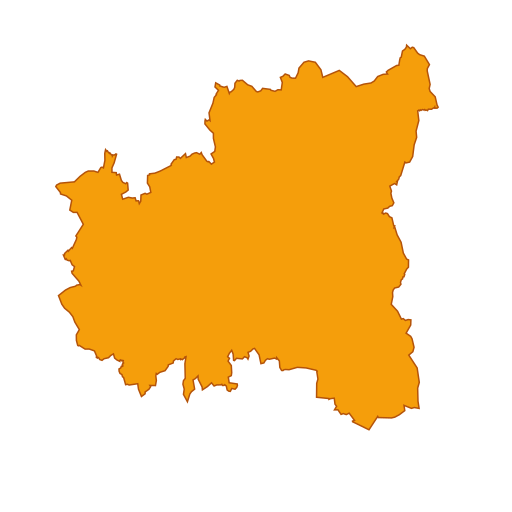 outline of Mallow Lea-5, Cork, Ireland, rotated 262°
{"feature_id": "5873133B25639176820798", "entity_name": "Mallow Lea-5", "entity_type": "district", "adm_level": 2, "iso_a3": "IRL", "parent_name": "Ireland", "parent_adm1": "Cork", "projection": "equal_earth", "projection_center": [-8.702, 52.146], "detail": "fine", "context": "isolated", "style": "filled", "palette": "amber", "viewbox_px": 512, "rotation_deg": 262, "n_neighbors": 0, "source": "geoboundaries", "source_scale": "gbopen_adm2", "svg_char_len": 6032}
<svg xmlns="http://www.w3.org/2000/svg" viewBox="0 0 512 512"><g transform="rotate(262 256 256)"><path d="M82.4,396.3L89.7,396.2L102.7,397.7L108.1,400.1L122.7,400.0L136.6,393.5L139.4,398.0L143.6,399.8L152.3,399.0L154.9,398.0L158.7,393.9L166.1,399.6L171.2,400.5L171.9,397.8L171.4,395.0L173.5,393.1L173.3,391.2L181.6,388.5L189.3,383.2L196.7,385.8L200.8,386.1L203.2,387.1L205.0,388.8L205.4,393.0L207.9,395.6L209.8,395.4L212.3,396.6L212.9,397.9L214.8,398.6L214.8,399.6L217.0,400.7L217.7,400.3L222.1,403.4L223.7,405.4L230.9,406.5L232.0,404.7L238.4,402.3L249.4,401.6L257.3,398.7L264.7,397.5L264.7,396.6L266.5,397.6L266.8,396.6L274.9,395.9L276.4,393.6L279.7,392.1L280.5,390.4L280.0,389.2L280.5,388.3L279.9,388.1L281.1,386.7L284.8,389.1L285.1,393.2L286.6,395.3L286.9,398.0L289.5,399.9L294.4,398.6L299.4,398.3L301.4,399.2L306.6,398.2L308.5,403.3L306.9,405.2L310.1,406.4L310.2,405.8L312.2,408.0L314.4,408.9L315.5,410.5L328.3,416.5L327.3,417.4L327.6,421.2L332.7,425.0L344.1,428.1L351.1,431.6L357.4,431.9L367.5,436.1L377.2,436.3L377.8,437.5L377.1,438.0L377.9,439.0L377.2,439.6L377.9,441.2L377.3,442.2L377.6,443.4L376.7,443.7L376.9,444.8L376.1,446.1L377.4,447.1L376.9,450.3L377.9,452.4L377.6,453.2L378.4,453.7L377.5,453.7L377.2,456.0L378.0,457.1L380.4,456.3L388.7,455.6L394.7,451.3L397.7,450.8L401.7,452.3L415.5,451.3L417.7,451.7L421.4,454.4L430.5,450.5L432.6,446.1L434.4,444.3L440.4,441.2L441.0,439.8L439.8,437.7L443.8,434.5L441.9,434.0L440.0,432.2L438.6,429.6L432.7,427.5L432.2,426.4L430.2,425.6L425.0,424.0L425.1,421.8L421.5,412.7L420.1,410.7L417.9,411.6L418.2,407.2L416.8,401.5L412.8,397.4L411.3,393.9L411.2,386.7L409.8,378.8L420.8,371.6L428.2,364.3L423.6,347.0L431.4,346.2L439.6,341.7L441.9,335.2L441.2,330.5L436.1,324.7L431.5,323.2L426.6,319.9L427.1,316.5L428.2,314.6L430.2,314.0L432.2,310.2L430.2,307.6L429.5,305.0L424.2,306.2L417.0,304.1L417.6,300.8L416.4,297.8L418.0,293.9L419.0,293.4L421.1,285.9L418.9,283.7L418.2,280.5L418.9,279.2L424.6,275.5L426.7,271.6L431.9,267.0L432.1,264.6L431.6,263.6L432.6,261.9L430.0,259.2L426.0,258.4L424.1,257.2L422.1,254.3L421.9,253.1L420.6,252.2L428.0,250.8L427.5,248.1L427.9,247.0L429.5,243.8L430.3,243.9L433.1,240.2L429.1,238.9L425.3,241.9L421.8,239.0L421.2,239.3L418.9,236.7L413.3,234.6L404.3,229.4L396.4,229.3L397.3,228.4L396.4,226.2L398.3,224.8L396.9,224.3L393.9,223.8L387.2,227.8L383.5,230.9L378.4,230.2L369.7,231.0L365.3,229.7L363.3,225.7L358.5,227.5L354.8,227.9L353.2,224.6L356.2,222.4L355.9,221.7L356.7,220.5L363.8,216.7L366.1,216.2L364.6,214.5L366.6,211.5L366.5,209.5L365.7,206.7L364.1,204.7L363.2,200.7L367.2,200.4L363.2,194.7L364.7,193.5L365.1,191.2L362.9,190.3L362.8,188.5L358.8,184.7L357.7,184.8L357.3,184.2L353.4,172.8L352.1,167.4L352.2,162.0L351.2,161.9L350.8,159.9L343.3,158.6L339.3,160.4L333.6,160.7L332.4,156.5L333.5,154.9L332.4,150.6L326.3,149.5L324.1,147.7L327.0,147.4L327.3,144.9L330.5,144.4L330.6,141.6L331.9,137.8L330.8,131.9L335.8,131.3L337.5,136.0L339.1,138.6L346.0,139.0L346.7,138.2L345.7,137.1L347.4,134.4L349.6,133.2L356.0,132.2L355.6,129.2L358.0,129.2L358.9,125.0L363.3,125.6L368.0,128.5L376.2,132.1L376.6,131.5L375.8,130.0L375.9,128.3L375.1,127.7L376.2,127.7L376.3,126.9L378.5,125.6L378.0,125.1L380.3,123.6L379.7,123.2L380.9,123.5L381.2,122.9L380.7,122.5L382.2,121.8L378.6,120.5L371.8,119.7L364.5,117.2L365.4,115.9L365.2,114.7L360.8,111.1L362.7,107.3L363.5,101.7L362.6,98.6L359.4,92.9L354.7,86.5L355.4,72.2L354.0,68.4L352.6,67.4L346.2,71.1L344.6,71.1L341.9,76.6L336.9,81.3L327.4,78.0L324.6,81.2L324.1,84.9L311.4,89.4L300.9,80.4L299.6,81.2L297.3,80.4L289.2,75.2L290.0,74.6L286.9,70.8L287.8,70.5L285.1,66.8L283.7,66.5L283.8,65.4L279.2,66.6L279.0,67.1L279.6,67.7L278.2,68.4L277.3,70.3L277.5,71.4L272.9,72.7L270.8,74.8L266.7,73.0L266.6,71.3L264.4,71.5L255.6,77.2L251.5,78.5L252.2,77.7L252.1,74.4L251.2,73.0L250.6,67.6L248.8,62.6L244.3,54.9L235.3,57.0L230.9,59.2L226.3,63.4L221.4,66.2L215.8,67.4L207.7,70.8L202.9,67.1L197.4,66.4L192.4,67.0L191.8,67.5L192.0,68.6L187.6,73.8L187.1,77.9L184.5,82.8L179.3,84.2L177.8,83.8L177.1,84.7L177.8,85.0L177.3,85.9L175.2,86.9L174.1,89.0L175.4,91.2L175.8,95.8L177.7,98.3L178.9,101.2L174.6,101.8L172.4,103.8L170.8,106.2L171.4,106.1L172.0,107.3L171.1,107.9L171.5,108.2L170.9,110.0L169.6,109.4L168.5,110.0L167.8,108.9L166.0,108.8L166.3,108.3L165.3,108.2L165.4,107.2L164.0,106.5L163.2,104.6L160.9,104.4L158.6,105.0L157.3,106.7L155.0,107.0L154.1,108.0L146.7,109.0L146.9,110.7L145.9,112.4L146.0,121.1L140.5,121.1L132.8,123.0L135.0,127.0L136.8,127.3L138.9,131.4L141.3,133.5L142.6,132.9L141.7,138.4L146.6,140.0L151.2,140.1L153.5,140.9L152.6,141.7L154.2,144.6L155.1,150.0L158.9,153.6L160.4,154.0L161.6,159.1L163.6,159.7L165.4,162.6L164.4,164.1L164.7,166.8L163.9,166.9L164.2,168.1L163.6,168.6L165.0,171.0L165.9,171.5L166.1,172.7L159.2,170.6L144.7,168.9L142.6,166.8L139.2,165.8L134.2,166.4L129.1,164.9L121.2,167.8L128.6,171.3L130.6,173.2L132.7,176.7L142.0,176.4L143.1,179.0L145.3,181.9L142.1,181.6L133.8,184.4L130.9,184.3L133.5,189.8L136.6,194.3L133.1,196.4L133.8,199.2L133.3,203.1L133.7,204.3L132.5,204.7L132.3,206.3L132.9,207.1L131.3,208.5L127.3,208.8L125.9,210.3L125.5,211.7L128.2,213.6L127.0,216.7L128.5,218.6L130.4,219.6L131.9,219.6L134.2,211.8L139.9,211.7L141.0,214.9L143.8,215.7L151.0,216.3L155.8,213.7L158.4,215.5L160.2,213.9L163.4,216.1L166.0,218.8L162.1,219.7L155.8,219.3L155.4,220.1L157.4,222.5L156.0,228.2L157.9,230.7L156.4,233.1L155.0,233.7L157.9,235.2L161.7,234.7L162.4,237.4L164.4,240.1L164.7,241.7L157.7,245.3L148.7,245.9L149.0,248.9L151.5,250.9L152.7,253.2L151.9,254.7L152.3,260.2L151.1,262.0L152.5,262.3L148.9,264.5L142.3,264.1L139.1,265.4L138.8,266.7L139.5,267.9L139.5,269.5L138.8,272.9L140.0,281.4L138.2,290.0L134.5,299.6L133.4,300.6L132.8,300.1L125.5,300.2L121.5,298.4L107.7,296.3L104.7,308.4L103.9,308.3L104.4,310.0L104.3,313.7L98.3,313.6L96.0,314.9L92.7,312.3L92.3,315.7L87.3,318.2L87.8,320.5L86.4,323.3L87.4,326.4L79.5,330.7L79.1,328.6L78.4,328.6L68.2,343.7L80.2,354.2L79.0,354.6L76.8,367.7L77.1,371.0L78.9,375.9L82.2,381.8L87.5,381.8L83.5,388.7L83.9,391.7L82.4,396.3Z" fill="#f59e0b" stroke="#b45309" stroke-width="1.5"/></g></svg>